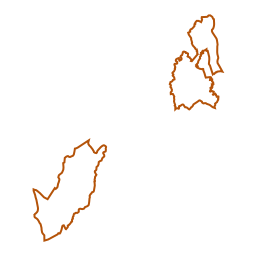 outline of Jonotla, Puebla, Mexico
{"feature_id": "50627088B1268038266758", "entity_name": "Jonotla", "entity_type": "district", "adm_level": 2, "iso_a3": "MEX", "parent_name": "Mexico", "parent_adm1": "Puebla", "projection": "natural_earth1", "projection_center": [-97.514, 20.084], "detail": "fine", "context": "isolated", "style": "outline", "palette": "amber", "viewbox_px": 256, "rotation_deg": 0, "n_neighbors": 0, "source": "geoboundaries", "source_scale": "gbopen_adm2", "svg_char_len": 5690}
<svg xmlns="http://www.w3.org/2000/svg" viewBox="0 0 256 256"><path d="M34.3,214.0L34.5,215.4L34.5,216.5L34.8,217.3L36.6,218.5L37.6,219.4L38.6,220.9L39.7,223.1L40.6,224.2L41.5,227.9L41.6,229.8L42.1,232.4L42.7,233.5L44.3,235.3L44.4,240.6L48.1,239.5L57.7,234.3L58.2,233.3L58.4,233.2L59.1,233.2L59.5,233.5L59.8,233.5L60.4,232.7L61.5,229.8L62.3,226.3L62.5,225.9L63.0,225.8L63.3,225.3L63.8,225.3L65.4,228.6L65.8,229.1L66.0,229.2L67.7,227.2L67.9,226.2L67.8,225.8L68.1,225.6L68.2,225.3L68.6,225.2L68.8,224.9L69.0,224.9L69.8,224.1L71.1,222.4L71.3,221.8L72.0,221.6L72.1,221.3L72.0,219.8L72.4,218.9L72.9,218.7L72.9,218.0L72.7,217.5L73.0,216.7L73.5,216.2L73.5,215.4L74.1,213.7L75.1,213.4L75.6,212.9L75.9,212.8L77.3,212.9L78.6,212.0L78.8,211.3L78.7,210.0L79.0,209.2L80.1,208.7L82.2,209.1L83.7,208.8L84.2,208.4L84.9,207.2L87.5,206.1L88.6,205.1L88.9,203.9L89.2,201.8L89.5,198.4L89.8,197.6L89.8,196.7L89.6,195.9L90.3,194.5L90.9,193.8L91.4,193.5L91.7,192.7L92.1,192.2L93.4,191.8L93.9,190.9L94.2,189.1L94.8,185.5L94.6,182.7L94.4,181.9L94.4,181.6L94.8,181.6L94.9,181.4L95.0,181.0L94.6,179.4L95.0,178.1L95.0,177.0L96.4,174.8L96.0,174.3L95.0,172.4L94.8,171.8L95.0,171.0L95.8,170.4L96.2,170.0L96.4,169.3L96.5,167.1L97.8,165.9L98.5,164.5L98.8,162.0L100.0,161.1L101.5,160.5L102.1,158.7L102.6,157.8L104.0,156.7L104.3,156.2L104.1,154.7L103.2,153.3L103.2,152.9L103.3,152.5L103.6,152.2L105.5,151.5L105.7,151.2L105.9,149.6L105.7,148.6L106.1,147.0L105.9,146.6L105.5,146.1L104.1,145.3L103.5,145.3L102.3,145.9L100.8,147.1L97.8,150.4L97.3,151.1L96.9,152.5L96.3,153.1L95.0,152.8L94.0,152.2L93.6,150.9L93.2,150.5L92.8,149.6L90.6,146.7L89.4,145.6L88.4,144.1L88.2,142.6L88.8,140.3L77.7,147.6L76.2,148.3L74.9,148.6L74.5,151.3L73.8,154.5L73.0,155.7L70.0,157.0L69.0,156.8L68.0,156.1L67.3,156.2L66.2,156.7L64.8,157.9L64.4,162.4L63.2,163.1L63.5,167.5L63.3,169.6L63.0,170.4L62.3,172.0L61.9,172.8L59.1,175.0L58.8,175.5L58.3,177.3L59.3,178.9L59.4,179.8L58.7,182.3L58.1,183.8L57.5,186.9L57.1,187.6L55.7,188.9L54.8,188.1L47.6,199.2L44.0,197.3L39.8,193.0L37.1,190.8L36.0,190.1L34.5,189.8L33.6,189.4L33.6,190.6L33.8,191.4L35.1,194.9L35.6,197.3L36.4,199.8L37.9,207.5L38.0,208.9L37.7,210.9L37.1,212.0L35.7,213.5L34.5,214.3L34.3,214.0ZM222.4,71.6L219.5,66.3L217.6,63.1L217.4,61.3L217.7,59.6L218.2,58.4L218.2,57.2L217.4,54.2L217.2,52.0L217.3,46.3L217.6,44.6L217.0,40.4L216.5,38.6L212.4,32.4L211.9,31.0L212.0,29.8L212.9,28.9L213.3,28.2L213.8,26.7L214.1,24.8L214.1,23.2L213.9,19.2L213.2,18.9L212.3,16.9L210.3,15.4L208.8,15.4L208.3,15.7L207.5,16.7L206.5,16.9L201.8,17.1L201.7,17.7L201.7,18.7L202.0,19.2L202.1,19.6L201.7,20.8L201.1,22.1L200.3,21.6L198.5,20.9L196.7,20.9L195.7,22.0L194.7,23.8L195.2,24.1L194.3,25.2L194.4,26.2L192.0,28.8L190.6,29.4L190.2,30.1L190.2,31.4L189.7,31.4L189.5,32.3L188.2,32.7L188.8,34.6L191.1,38.0L191.2,38.4L191.1,39.2L192.1,42.5L191.8,43.2L192.5,44.9L192.9,45.6L195.0,47.9L194.9,48.0L195.6,49.1L196.5,49.9L196.8,49.7L197.2,51.0L196.8,51.4L197.3,52.2L197.2,53.5L197.4,54.0L197.7,54.2L196.4,55.7L191.8,61.2L191.0,61.0L191.5,60.0L191.0,59.1L189.8,57.9L189.6,57.3L187.9,56.7L187.6,56.5L187.9,56.0L188.0,53.6L187.1,53.1L185.9,53.0L185.5,52.3L185.5,52.0L184.9,52.0L184.5,51.7L184.0,51.6L183.4,51.7L182.8,52.3L182.8,52.9L182.1,55.0L181.7,55.4L181.1,55.6L180.5,56.5L180.5,57.2L181.3,57.8L181.6,58.8L181.5,59.2L181.1,59.3L181.1,59.8L180.2,60.0L179.8,60.6L179.5,60.7L179.1,59.8L178.9,58.3L178.7,58.1L177.3,58.6L176.5,59.1L176.1,59.4L175.9,59.9L175.8,60.7L176.0,61.1L177.0,61.7L177.2,62.1L177.2,63.4L176.8,63.7L175.1,63.8L174.7,63.9L174.4,64.3L174.7,65.6L175.0,66.2L175.3,67.1L175.0,67.5L175.1,68.1L174.8,68.7L175.0,68.9L175.0,69.3L173.9,71.5L173.5,71.7L173.1,72.1L172.5,72.7L172.5,73.1L172.5,73.4L173.4,74.4L173.4,74.7L172.7,75.5L172.8,75.8L173.3,76.2L174.2,77.4L174.4,78.4L174.5,79.4L172.9,80.0L172.8,80.4L172.4,81.0L171.7,81.6L170.4,82.1L170.3,82.4L170.3,83.1L169.9,83.7L169.8,84.3L170.8,85.0L170.9,85.7L170.4,87.0L170.8,87.5L171.2,87.7L171.5,88.9L171.9,89.5L171.8,91.1L170.8,92.2L170.7,92.7L170.8,94.1L171.7,93.9L172.9,94.0L174.3,96.6L174.0,97.8L174.3,99.6L174.0,101.2L174.5,103.2L175.1,104.5L175.1,105.2L174.7,105.7L175.5,106.8L175.3,107.3L175.3,109.3L176.0,108.6L177.2,108.2L178.7,108.7L179.1,108.0L179.0,106.3L179.4,106.0L180.4,105.9L181.6,104.9L182.5,104.5L183.0,104.5L183.8,105.2L184.5,106.5L185.2,107.3L185.8,107.2L187.1,107.7L188.8,109.2L189.3,109.4L190.4,108.5L190.9,107.5L191.8,107.0L192.9,105.7L193.4,104.5L193.9,104.1L197.4,101.8L199.3,100.4L199.9,100.4L201.9,101.6L202.1,102.5L202.9,103.1L203.4,103.4L205.1,103.1L206.0,103.3L206.9,103.9L209.7,104.9L212.7,107.2L214.9,108.0L214.5,106.6L214.6,106.1L215.3,105.0L215.1,103.6L217.0,102.1L217.8,100.3L218.1,100.0L218.3,99.1L218.3,98.7L218.1,98.6L218.5,97.0L218.4,96.5L217.9,96.4L216.7,96.7L216.5,95.9L215.9,95.2L216.0,94.6L215.1,93.6L213.9,94.5L213.2,94.8L213.0,94.5L214.1,93.8L213.4,92.7L213.7,91.7L212.0,91.0L210.3,91.6L210.0,91.4L210.1,90.8L211.0,89.7L210.6,89.0L210.5,88.0L211.8,87.9L211.6,86.9L212.2,86.9L211.9,85.5L212.5,85.4L212.0,84.2L213.4,84.0L213.2,82.6L212.9,82.6L212.3,81.1L212.1,81.1L212.2,79.8L210.0,80.0L210.2,78.6L211.5,78.4L210.8,77.2L209.7,77.1L205.8,77.6L205.3,76.2L204.5,73.3L203.4,70.5L203.2,69.0L202.9,68.9L202.2,69.2L199.9,68.8L197.3,67.6L196.5,66.8L197.7,66.3L197.4,65.6L196.8,66.5L196.0,65.1L198.1,62.7L198.2,61.3L199.7,58.8L200.1,58.5L199.9,56.9L201.0,55.8L200.6,54.6L201.3,54.3L201.0,52.8L201.6,52.6L202.0,51.9L202.4,53.4L203.2,53.2L203.1,51.0L205.4,50.0L206.5,49.2L206.6,50.9L207.7,50.9L209.2,57.0L209.3,59.3L208.9,63.9L209.4,64.8L209.9,65.3L212.8,74.4L213.5,73.7L214.1,73.6L214.3,73.8L214.7,73.4L215.0,73.0L215.6,72.7L215.7,72.4L216.2,72.1L216.7,72.2L217.3,71.6L220.6,71.2L222.4,71.6Z" fill="none" stroke="#b45309" stroke-width="2"/></svg>